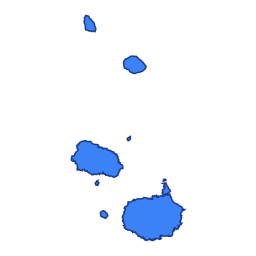 outline of Santa Cruz, Galápagos, Ecuador
{"feature_id": "8360857B73941749048341", "entity_name": "Santa Cruz", "entity_type": "district", "adm_level": 2, "iso_a3": "ECU", "parent_name": "Ecuador", "parent_adm1": "Galápagos", "projection": "albers", "projection_center": [-90.525, -0.066], "detail": "fine", "context": "isolated", "style": "filled", "palette": "blue", "viewbox_px": 256, "rotation_deg": 0, "n_neighbors": 0, "source": "geoboundaries", "source_scale": "gbopen_adm2", "svg_char_len": 5956}
<svg xmlns="http://www.w3.org/2000/svg" viewBox="0 0 256 256"><path d="M170.5,196.8L169.8,194.0L167.5,195.2L165.2,194.9L164.4,195.2L163.6,196.2L162.6,196.4L161.6,195.5L159.7,196.5L158.1,196.0L157.9,197.6L157.2,197.4L157.8,196.2L156.4,196.3L156.3,195.5L155.7,196.0L154.8,195.8L154.3,196.3L154.0,195.9L152.7,196.3L152.6,196.0L152.2,196.3L152.2,197.5L152.7,198.9L152.1,198.8L152.3,199.2L151.5,199.5L150.8,199.2L150.5,198.3L149.4,198.5L149.2,198.9L148.2,198.5L147.8,198.9L147.3,198.0L143.8,197.5L143.7,198.1L141.7,198.9L137.4,198.8L134.9,200.4L134.8,200.1L134.5,200.3L134.5,199.6L134.1,199.3L133.6,199.8L134.4,200.1L134.1,200.5L132.6,200.4L131.7,201.6L130.5,202.1L128.1,201.9L127.9,203.2L128.4,203.6L127.7,204.6L127.5,205.8L125.4,206.5L124.5,207.4L125.0,208.1L124.4,208.5L125.4,209.7L125.3,210.4L124.6,210.8L123.8,212.4L124.3,213.1L124.2,213.8L123.4,214.4L122.3,217.4L123.0,217.8L123.3,218.5L122.6,220.3L123.2,220.8L122.8,221.5L123.7,221.8L123.8,222.9L124.6,224.3L124.5,225.3L123.6,225.5L124.8,226.6L124.3,227.1L124.7,227.6L124.6,228.0L126.0,228.8L126.1,229.4L127.4,229.6L127.8,230.1L130.0,230.0L131.8,231.3L132.8,231.2L132.7,232.5L133.6,232.1L134.5,232.4L135.6,232.1L136.1,233.8L137.4,234.4L138.3,236.4L138.8,236.3L138.8,235.9L140.0,236.3L140.8,237.3L142.2,237.2L142.0,237.7L142.8,237.4L142.6,238.0L143.6,238.1L143.6,238.5L144.3,238.7L144.0,239.2L144.3,238.9L144.4,239.5L145.0,239.4L145.2,240.1L146.3,239.9L146.6,240.4L147.3,240.0L147.2,239.6L147.4,239.9L148.7,239.7L149.6,239.5L149.7,239.0L150.1,239.3L150.2,238.8L150.6,239.1L150.2,239.3L151.4,239.9L151.5,240.4L152.7,240.6L153.8,239.9L153.2,239.6L153.3,239.0L154.6,239.0L155.0,238.5L155.6,238.9L154.7,239.3L154.8,239.7L156.9,238.4L159.9,239.4L160.2,239.0L161.3,238.5L161.0,238.1L160.0,238.1L159.8,237.5L160.4,237.6L160.3,237.1L160.7,236.8L159.6,236.4L160.0,236.4L160.4,236.0L160.2,235.6L160.9,235.3L161.3,235.6L161.2,235.9L162.2,235.6L162.5,236.0L164.1,236.1L166.5,235.9L168.8,236.3L169.3,236.1L169.3,235.7L170.2,236.4L171.9,235.7L172.4,235.2L172.8,231.2L173.3,231.3L173.9,230.7L173.5,230.4L173.8,229.9L174.5,230.3L174.6,228.9L173.9,229.0L174.3,228.1L174.8,227.7L175.4,228.0L175.8,228.8L176.8,229.4L177.3,228.5L177.9,228.2L178.1,228.5L178.8,227.3L179.0,227.6L178.9,227.0L179.2,226.7L178.3,226.2L178.7,226.1L178.5,225.7L179.2,225.4L179.1,225.8L179.5,225.1L179.4,225.4L180.1,224.7L180.8,224.7L181.8,223.3L181.1,223.3L180.6,222.2L180.1,222.4L179.9,221.3L181.1,219.8L181.1,218.1L181.6,217.7L181.2,217.2L181.5,217.0L181.2,215.5L180.9,215.5L181.2,215.4L180.6,215.1L180.8,214.4L180.5,214.1L181.2,212.3L181.9,211.8L181.9,211.0L182.6,210.6L182.3,209.3L182.9,208.6L181.5,206.8L178.2,205.0L178.0,204.4L174.5,203.0L173.3,201.9L172.2,200.6L171.0,196.8L170.5,196.8ZM84.2,140.8L83.3,141.3L81.6,141.4L81.3,141.9L80.1,142.2L78.9,143.9L78.1,143.4L78.5,144.1L78.4,144.7L77.5,144.9L76.6,145.9L77.2,146.9L77.1,148.4L78.1,149.3L77.7,150.7L75.4,152.7L75.2,154.1L74.7,154.3L74.7,155.0L74.1,155.8L73.5,156.2L72.4,155.9L71.7,156.4L72.0,158.4L71.7,159.1L71.4,159.0L71.4,160.2L72.8,161.2L73.9,161.1L73.9,160.6L74.4,161.3L75.0,161.2L74.9,161.7L75.7,162.2L75.5,163.7L76.6,163.8L77.4,164.9L77.8,164.9L77.4,165.1L77.5,165.7L77.2,166.1L77.5,167.5L77.1,168.7L77.3,170.0L79.0,169.8L79.1,169.4L80.2,170.3L80.9,170.0L82.2,170.8L83.2,169.6L84.3,169.5L85.0,171.1L85.9,171.3L87.1,170.6L87.9,172.2L90.3,173.7L90.8,173.7L92.0,174.8L92.7,174.5L93.3,174.8L94.6,173.9L95.3,174.4L96.8,174.5L98.1,173.5L99.3,174.3L99.4,173.9L99.7,174.3L100.2,173.6L101.0,173.4L102.7,173.8L103.1,172.6L103.6,173.8L104.1,173.8L104.6,174.3L105.2,174.0L105.6,174.2L105.8,175.3L106.6,175.0L108.0,175.6L108.4,175.4L109.5,176.3L110.8,175.9L111.9,176.2L112.3,176.7L113.0,176.6L113.6,177.1L114.6,177.1L115.6,176.4L116.2,176.5L116.6,175.8L117.8,175.3L118.3,173.7L118.1,172.9L118.8,172.7L119.1,171.1L119.8,170.8L119.6,169.7L121.2,168.6L122.6,168.6L123.0,168.0L122.3,165.1L120.1,163.9L119.8,163.5L120.2,162.8L118.3,162.2L118.8,161.6L118.5,160.9L118.9,160.8L118.6,160.2L118.8,159.8L118.2,159.1L118.1,158.1L117.5,157.8L117.9,156.7L117.4,156.6L117.2,155.2L116.2,155.0L116.3,154.3L115.9,154.5L115.9,154.0L114.9,153.8L114.4,153.0L113.6,153.1L113.8,152.2L113.2,151.8L111.7,151.7L110.5,150.4L109.4,150.8L108.8,150.1L107.2,149.8L107.0,148.5L106.1,148.8L104.2,148.2L104.2,148.7L103.5,148.9L102.5,148.6L102.3,147.6L100.4,147.1L99.7,147.6L99.0,147.5L98.5,147.2L98.9,146.8L98.3,146.7L98.8,146.3L98.3,145.7L98.4,145.1L97.0,144.5L94.8,144.5L92.3,143.6L90.6,141.4L88.0,141.7L85.6,140.7L85.0,141.0L84.2,140.8ZM133.7,56.1L130.8,56.3L126.5,58.9L125.6,58.9L123.9,61.2L123.5,62.7L124.3,67.9L126.5,68.7L126.8,69.4L128.9,69.7L129.9,71.8L132.5,72.8L133.0,73.4L134.8,73.5L137.6,72.4L138.8,72.4L142.3,71.3L145.2,68.8L145.3,67.9L146.2,66.6L143.1,62.5L140.3,59.9L138.7,59.2L137.9,57.7L137.0,57.2L136.5,56.4L134.2,56.4L133.7,56.1ZM88.8,16.3L85.9,15.4L84.3,18.1L84.7,20.2L84.1,21.4L84.4,23.3L85.3,24.9L85.3,28.4L85.8,29.9L87.4,30.0L88.7,30.9L90.5,31.0L91.9,31.6L92.5,31.0L93.5,30.9L94.3,31.6L95.0,31.7L95.8,29.5L95.6,27.8L94.6,25.7L94.5,24.4L93.8,22.5L92.2,21.1L90.7,18.9L89.5,18.3L88.8,16.3ZM166.1,183.0L162.9,183.4L163.8,183.8L164.4,184.6L164.5,185.6L163.6,186.1L163.6,186.8L164.0,187.0L164.8,186.6L165.0,187.5L164.7,188.3L162.8,189.6L162.3,190.8L162.9,191.9L162.6,192.8L162.2,192.9L162.2,193.2L162.9,193.8L163.0,194.5L166.7,194.0L170.4,191.3L169.7,189.6L168.7,188.9L168.3,187.3L166.8,185.5L166.1,183.0ZM103.0,210.8L101.2,211.7L100.4,212.9L100.9,216.2L105.3,218.3L105.7,217.6L106.5,217.6L107.1,216.3L107.7,215.9L107.3,214.0L106.8,213.2L105.7,212.7L105.2,211.5L103.0,210.8ZM97.4,181.3L97.7,180.6L96.6,181.1L96.5,182.0L95.2,183.0L95.8,184.9L97.6,185.4L97.5,184.6L98.5,184.1L98.9,182.6L97.4,181.3ZM129.0,140.6L130.4,138.9L130.4,136.5L127.3,138.4L127.3,139.5L128.1,140.7L129.0,140.6ZM165.2,179.2L163.5,179.5L163.3,181.2L165.8,180.5L165.9,179.6L165.2,179.2ZM184.5,210.4L182.9,209.9L183.5,210.3L184.5,210.4ZM184.6,209.6L183.4,209.7L184.4,209.8L184.6,209.6Z" fill="#3b82f6" stroke="#1e3a8a" stroke-width="1.5"/></svg>